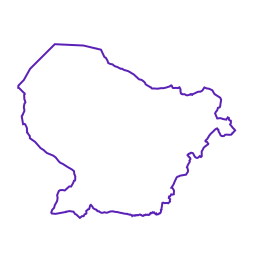 Alkaleri, Bauchi, Nigeria, rotated 176°
{"feature_id": "59680162B61092998371306", "entity_name": "Alkaleri", "entity_type": "district", "adm_level": 2, "iso_a3": "NGA", "parent_name": "Nigeria", "parent_adm1": "Bauchi", "projection": "natural_earth1", "projection_center": [10.354, 9.865], "detail": "fine", "context": "isolated", "style": "outline", "palette": "violet", "viewbox_px": 256, "rotation_deg": 176, "n_neighbors": 0, "source": "geoboundaries", "source_scale": "gbopen_adm2", "svg_char_len": 5532}
<svg xmlns="http://www.w3.org/2000/svg" viewBox="0 0 256 256"><g transform="rotate(176 128 128)"><path d="M228.6,183.1L234.4,177.9L234.7,175.7L233.8,175.4L230.0,171.0L228.7,169.7L228.6,169.0L229.3,168.3L229.3,167.4L229.4,163.9L228.8,162.3L228.6,160.6L229.6,159.5L230.0,158.0L230.4,156.4L230.4,154.9L230.1,153.4L230.3,151.9L231.4,150.1L231.9,148.8L232.6,148.2L232.6,147.7L233.2,147.1L232.4,139.1L231.1,139.3L230.3,138.8L229.5,136.8L229.1,135.8L228.8,134.5L229.0,132.7L228.8,132.2L229.1,130.7L228.9,130.3L228.3,129.9L227.9,128.9L226.5,126.8L226.6,126.4L226.5,125.1L226.6,124.7L226.3,124.4L221.6,120.6L216.6,114.0L213.7,111.9L212.0,110.0L210.6,108.7L204.6,105.7L202.2,103.7L200.5,101.2L199.1,99.2L197.9,98.0L195.5,96.7L191.1,93.4L186.8,90.5L184.9,88.7L184.8,85.8L184.6,85.5L183.9,83.1L184.1,82.6L184.2,80.4L184.7,79.2L185.6,79.1L186.6,76.9L188.8,73.6L190.7,73.8L195.4,70.1L197.6,70.7L200.1,70.7L201.4,70.0L203.4,65.9L203.1,63.3L203.6,60.8L204.3,59.3L206.5,56.0L207.2,53.6L209.3,51.7L210.4,49.2L210.1,48.1L206.3,47.4L195.6,48.6L195.6,48.8L192.2,49.2L188.2,48.3L186.7,45.8L185.6,45.3L182.3,41.7L180.0,43.3L178.6,43.1L178.1,43.5L177.5,44.8L175.6,45.5L175.4,45.9L175.5,48.1L173.4,49.7L173.0,49.7L172.4,49.8L171.1,53.5L170.4,53.9L168.9,51.9L168.5,50.7L167.3,49.6L165.1,48.6L165.1,48.3L165.0,48.0L164.6,47.8L164.2,47.2L163.8,47.2L163.4,46.9L162.7,46.9L162.4,46.6L161.6,45.9L160.9,45.5L160.0,45.2L159.2,45.2L157.3,45.6L156.1,45.1L154.7,45.0L151.2,46.0L148.7,45.9L147.6,45.5L146.4,45.2L145.9,45.1L144.9,45.0L141.4,43.9L140.4,43.7L139.2,43.3L137.0,42.7L135.7,42.4L135.1,42.5L134.9,42.5L134.5,42.2L134.0,41.9L133.5,41.9L133.0,41.7L132.6,41.4L132.2,41.4L132.1,41.5L131.4,41.4L130.2,40.4L130.0,40.0L129.8,40.2L129.8,40.5L129.7,40.6L129.2,40.5L129.0,40.3L128.8,40.4L128.3,40.3L128.0,40.3L127.8,40.2L127.1,40.5L127.0,40.4L126.9,40.1L126.4,40.2L126.3,40.3L126.2,40.3L126.1,40.5L125.9,40.6L125.1,40.3L124.7,40.5L124.3,40.3L123.8,40.3L122.4,40.9L121.9,40.8L121.5,40.4L121.4,40.4L120.7,40.3L120.6,40.2L120.4,39.8L120.0,39.5L119.6,39.4L119.3,39.4L119.0,39.3L118.8,39.5L118.5,39.5L118.2,39.6L118.0,40.0L117.2,40.0L116.9,40.1L116.6,40.3L116.5,40.2L116.4,40.3L116.0,40.2L115.7,40.1L115.1,40.0L114.9,40.2L114.4,40.2L114.1,40.1L114.0,39.9L113.8,39.8L113.5,39.9L113.2,40.1L112.8,40.2L112.6,40.1L112.4,40.4L112.1,40.6L112.0,41.0L111.9,41.1L111.6,41.0L111.3,41.2L111.5,41.5L111.4,41.7L111.2,41.8L110.8,41.5L110.3,41.4L110.1,41.7L110.0,41.8L109.1,42.3L109.0,42.2L108.9,42.0L108.8,41.8L108.7,41.7L107.9,41.9L107.8,41.4L107.5,41.3L107.3,41.0L106.9,41.0L106.7,40.9L106.7,40.7L106.5,40.3L106.4,40.1L105.9,39.9L105.7,40.2L105.6,39.9L105.4,40.0L105.1,39.8L104.9,39.9L104.3,39.8L104.0,39.9L103.7,39.9L103.6,40.2L103.3,40.4L102.9,40.4L102.7,40.7L102.5,40.8L102.0,40.7L101.7,41.1L101.5,41.3L101.2,41.7L101.0,42.1L100.9,42.6L100.9,44.0L100.5,44.2L100.2,44.3L100.2,45.3L99.4,48.6L99.0,50.8L98.1,51.1L96.8,50.5L94.0,50.5L93.2,50.1L91.2,51.7L91.4,52.6L90.9,54.0L92.2,55.3L91.8,56.8L90.8,56.8L89.5,58.8L88.5,58.4L86.9,58.7L86.8,60.2L86.5,61.4L86.6,62.7L87.9,65.1L88.9,65.4L86.6,68.4L85.1,71.4L83.6,74.1L82.9,75.3L82.0,76.0L81.3,76.1L80.4,76.3L79.5,76.8L78.6,76.9L73.4,77.4L71.3,80.2L71.2,81.1L71.1,81.6L71.5,84.1L72.0,84.6L71.0,86.7L70.1,88.1L69.1,89.4L68.7,90.2L69.0,91.2L68.3,92.0L67.9,92.6L68.0,93.6L68.9,94.4L68.9,94.9L69.7,95.4L70.0,96.2L70.5,96.8L69.3,98.0L68.5,98.0L67.9,98.2L67.4,98.9L66.7,98.9L65.2,98.5L64.4,97.2L64.0,96.1L63.6,95.3L63.1,94.4L62.0,93.6L61.2,93.3L60.0,93.6L58.8,94.6L58.3,95.0L57.7,94.4L57.6,94.2L57.3,94.3L57.1,94.1L56.4,94.7L56.3,96.6L56.1,99.6L55.1,100.9L53.9,103.0L52.7,104.0L51.7,104.6L50.1,105.7L49.3,106.1L49.0,106.6L50.1,108.5L51.4,109.1L51.7,109.6L51.5,110.1L49.6,111.7L48.2,113.7L47.6,114.7L46.9,115.3L46.1,116.3L43.1,118.7L41.5,120.2L39.9,121.2L39.0,121.3L38.6,120.2L38.4,119.9L38.0,119.9L37.7,117.7L36.8,116.2L36.3,114.6L35.7,113.8L34.5,113.3L32.9,113.3L31.5,114.5L30.4,114.5L28.3,114.3L27.3,114.1L25.4,114.2L24.9,114.6L24.2,115.7L23.7,115.8L22.2,117.4L21.3,118.1L21.6,118.6L22.0,119.3L23.5,120.9L24.3,122.2L25.9,124.4L25.0,125.8L24.9,128.1L26.3,128.6L26.7,129.5L26.6,130.8L27.7,131.6L28.2,130.8L29.0,130.2L29.4,129.5L32.9,130.4L33.6,130.8L35.2,131.4L38.3,131.3L39.3,134.1L40.1,136.5L39.2,138.0L37.8,139.4L36.9,141.8L35.1,142.2L34.8,142.8L34.4,143.7L34.4,143.9L34.1,145.5L33.1,149.6L33.9,151.8L38.8,155.4L39.1,155.8L39.5,156.1L41.3,159.8L44.4,161.5L46.7,162.0L49.0,163.1L51.1,160.3L52.5,159.5L53.2,159.2L55.0,159.3L56.4,159.0L60.1,157.5L61.1,157.3L61.6,156.6L62.5,156.9L62.8,157.5L63.5,157.3L63.7,156.9L64.5,156.9L65.4,156.6L66.4,156.5L66.9,156.5L67.8,156.8L68.5,157.4L69.5,157.8L70.1,157.8L70.7,157.8L71.5,157.9L71.9,158.4L72.3,158.3L72.8,158.9L73.1,160.8L72.9,162.8L73.8,165.0L74.5,164.8L74.9,164.5L75.0,164.4L75.3,164.3L76.0,164.4L76.4,164.5L77.7,164.7L78.0,164.7L78.4,164.6L79.1,164.7L80.1,164.7L80.7,165.1L81.4,167.1L81.8,167.5L82.6,167.3L83.4,166.6L84.1,166.4L85.7,166.1L86.9,165.7L88.8,165.4L90.4,165.2L91.7,165.5L93.2,165.3L94.4,165.3L95.3,165.1L96.3,165.2L99.2,165.6L101.0,165.7L101.5,165.8L101.9,166.3L102.0,166.6L102.3,167.0L102.8,167.1L104.3,168.2L106.3,169.5L107.4,170.4L107.9,171.9L108.8,173.1L110.9,174.9L111.2,175.1L113.6,175.8L118.4,180.9L119.9,182.0L120.6,182.4L122.0,183.5L123.9,184.7L125.6,185.4L127.8,186.1L129.9,187.6L131.4,187.6L131.7,188.0L132.4,188.3L134.2,189.5L136.0,190.2L136.8,190.6L137.8,191.3L138.9,192.5L141.4,193.2L142.1,193.6L143.2,194.3L143.7,196.4L145.2,199.6L145.9,199.9L146.7,200.7L149.5,208.0L166.8,213.4L195.2,216.7L221.5,193.9L228.6,183.1Z" fill="none" stroke="#5b21b6" stroke-width="2"/></g></svg>